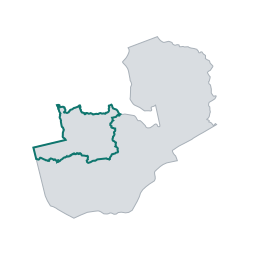 North-Western on a map of Zambia (Albers equal-area conic projection), rotated 347°
{"feature_id": "ZMB-521", "entity_name": "North-Western", "entity_type": "Province", "adm_level": 1, "iso_a3": "ZMB", "parent_name": "Zambia", "parent_adm1": "", "projection": "albers", "projection_center": [25.141, -12.794], "detail": "fine", "context": "in_parent", "style": "outline", "palette": "teal", "viewbox_px": 256, "rotation_deg": 347, "n_neighbors": 0, "source": "natural_earth", "source_scale": "10m", "svg_char_len": 9041}
<svg xmlns="http://www.w3.org/2000/svg" viewBox="0 0 256 256"><g transform="rotate(347 128 128)"><path d="M168.7,170.9L157.9,170.7L153.9,171.5L150.7,172.8L146.8,174.9L144.5,176.3L143.9,177.1L143.6,178.9L143.5,181.6L143.1,183.6L141.9,185.4L136.1,187.5L132.2,189.3L128.5,191.4L125.6,194.1L123.6,197.5L120.4,201.6L113.6,209.1L109.7,210.4L106.5,210.1L102.5,208.5L99.4,208.2L97.1,209.2L95.0,208.9L93.0,207.3L91.4,206.7L90.0,207.1L88.3,207.1L85.2,206.2L82.6,203.5L81.1,202.4L80.0,202.0L76.8,201.6L69.4,201.0L61.7,202.3L55.0,203.7L48.1,197.8L41.4,191.6L40.0,190.0L37.5,187.9L35.7,186.9L34.9,186.4L33.1,180.8L32.1,175.6L31.4,125.8L62.0,125.6L64.0,125.3L64.1,124.8L62.7,122.2L62.7,121.2L63.1,119.4L64.4,115.8L64.5,114.6L63.9,110.7L63.9,108.5L64.3,104.0L64.0,102.5L64.7,100.5L65.0,99.2L65.3,98.6L64.9,97.1L64.3,91.9L63.9,89.7L65.8,90.0L66.4,91.1L66.7,92.2L67.6,92.3L69.8,93.0L70.5,94.0L71.0,96.1L70.7,97.2L70.0,98.1L70.7,98.8L72.2,99.3L73.1,99.2L75.5,97.7L77.8,97.2L79.0,96.8L84.1,95.9L85.1,95.4L85.8,95.4L86.3,95.8L85.8,97.3L85.7,98.6L86.3,101.1L86.8,102.3L87.8,103.1L88.6,103.6L89.5,104.5L91.2,104.3L95.1,105.6L96.3,106.2L97.9,106.8L99.1,107.0L103.1,107.5L107.3,108.2L109.5,108.3L111.1,108.1L112.2,107.8L112.9,107.4L113.2,107.0L114.8,102.3L115.6,101.9L116.7,101.7L117.3,102.1L117.9,105.1L121.0,107.9L122.0,110.1L122.7,112.1L123.4,112.6L124.6,113.3L126.4,113.6L128.1,113.7L136.3,117.1L137.2,117.7L138.2,119.5L138.7,121.5L139.4,123.1L140.4,123.4L141.4,123.5L142.3,124.6L143.0,125.6L145.4,129.6L145.7,131.1L146.8,132.2L148.4,132.6L149.9,132.7L150.8,132.3L152.9,131.5L154.5,130.6L155.7,130.3L156.4,130.5L157.0,131.2L157.3,133.1L158.4,133.8L159.3,133.6L159.6,132.8L159.7,132.4L160.0,111.9L159.3,112.1L158.3,112.6L156.1,112.7L155.3,113.1L155.0,113.7L155.1,114.6L155.2,115.7L154.8,116.3L153.9,116.5L152.5,116.0L150.0,115.4L147.9,115.0L146.5,113.4L144.5,111.1L143.1,109.9L140.0,107.5L139.4,107.0L138.5,105.8L137.7,103.9L136.9,101.7L136.5,100.2L137.3,98.1L139.2,91.0L139.7,88.8L141.3,86.6L141.4,84.6L140.8,82.0L141.0,80.6L141.3,72.5L141.0,69.9L139.9,67.1L137.6,63.1L137.7,62.2L141.3,59.7L142.4,58.8L144.3,56.7L145.6,54.9L146.4,53.5L146.7,51.7L146.1,49.9L147.4,49.6L177.2,45.6L177.6,46.8L178.5,48.8L179.5,50.3L180.7,51.6L181.8,52.5L182.5,52.7L187.1,52.7L188.7,53.6L190.1,54.6L190.4,56.2L191.3,57.2L192.3,57.9L192.8,58.0L193.5,57.9L194.7,57.9L195.9,58.3L196.4,58.6L196.4,59.9L196.7,60.5L198.3,60.8L199.9,60.9L201.4,61.8L203.0,62.0L204.9,62.4L205.8,63.4L207.7,64.4L210.2,65.4L212.9,66.9L212.9,67.4L213.3,68.2L213.8,68.8L213.8,69.7L214.0,70.6L214.7,70.8L215.3,70.9L215.8,70.3L216.6,70.3L217.3,70.7L217.6,71.7L218.2,73.0L219.1,73.9L219.8,74.8L219.5,76.3L219.0,77.7L220.4,79.2L222.1,80.5L222.5,81.1L222.6,83.1L222.9,83.8L224.0,85.5L224.6,86.6L224.5,87.2L221.2,90.3L219.2,90.8L218.3,91.4L217.8,92.1L218.9,95.4L219.6,96.6L219.0,98.1L217.6,100.7L217.0,100.9L216.8,102.9L217.2,103.6L217.8,104.2L218.0,105.5L217.9,108.9L217.0,112.6L218.3,116.0L218.8,116.3L220.8,116.4L221.1,116.7L220.6,117.6L219.2,119.1L216.6,120.1L212.9,121.2L212.1,122.4L211.6,124.1L211.9,125.2L212.4,125.8L212.2,127.3L211.8,128.9L211.9,130.1L211.7,131.2L211.2,131.8L210.5,133.4L209.7,135.1L209.1,135.8L208.1,136.6L206.7,137.2L206.7,137.6L208.3,138.4L208.7,138.9L208.8,139.3L208.1,140.2L208.9,140.7L209.8,141.2L210.6,142.3L211.5,144.4L211.7,144.7L212.0,144.7L212.5,144.5L213.6,143.7L214.3,143.4L215.1,144.6L199.8,149.4L196.2,150.4L190.9,152.1L189.1,152.7L187.7,153.4L173.5,157.1L171.3,157.9L166.3,159.8L166.1,160.2L166.1,161.1L166.5,163.1L167.4,164.9L168.1,165.9L168.5,168.6L168.7,170.9Z" fill="#d9dde1" stroke="#a8b0b8" stroke-width="1"/><path d="M31.6,137.5L31.4,125.8L64.6,125.6L64.4,124.9L64.1,124.4L63.8,123.9L62.9,123.0L62.5,122.5L62.4,122.0L62.5,121.3L62.8,120.6L63.4,118.1L63.6,117.7L64.9,115.7L65.0,115.4L65.1,115.2L64.9,114.4L64.8,113.4L64.7,112.9L64.2,112.5L63.9,112.0L63.8,111.2L64.0,106.7L64.3,105.9L64.4,105.7L64.3,105.3L64.2,104.0L63.8,103.0L63.8,102.6L63.8,102.2L64.1,101.5L64.6,100.8L64.7,100.6L64.6,100.0L64.7,99.6L64.8,99.3L65.4,98.9L65.5,98.7L64.8,96.8L64.7,96.4L64.7,94.0L64.4,94.0L64.3,93.7L64.4,93.1L64.4,92.1L64.5,91.5L64.5,91.3L64.1,90.8L64.0,90.5L63.9,89.7L64.5,89.7L65.3,89.8L66.0,90.1L66.3,90.4L66.2,91.1L66.4,91.8L66.4,92.3L66.5,92.5L67.2,92.4L67.5,92.4L68.4,92.6L69.3,92.6L69.7,92.8L70.2,93.1L70.6,93.5L70.8,93.8L70.7,94.0L70.5,94.3L70.5,94.6L70.6,94.8L70.9,95.2L71.0,95.5L71.1,95.8L71.0,96.5L70.3,97.6L70.1,97.8L69.4,98.0L69.2,98.2L69.3,98.5L69.6,98.7L70.6,98.7L71.0,98.9L71.5,99.4L71.9,99.6L72.3,99.6L72.6,99.6L73.3,99.3L73.8,99.3L73.9,99.1L74.1,98.8L74.3,98.5L75.0,98.3L75.6,97.5L76.3,97.3L77.5,97.3L78.2,97.1L79.4,96.5L80.1,96.3L80.7,96.4L83.1,96.1L84.1,95.9L85.6,95.1L86.1,95.1L86.3,95.2L86.4,96.6L85.7,97.0L86.1,97.4L85.9,97.7L85.6,98.0L85.6,98.5L85.8,98.8L86.2,99.7L86.2,99.9L86.0,100.2L85.9,100.3L86.0,100.8L86.4,102.2L86.7,102.6L86.8,102.7L87.4,102.7L87.7,103.1L88.7,103.6L89.0,103.8L89.0,104.1L88.8,104.5L88.9,104.8L89.2,104.9L89.5,104.9L89.9,104.6L90.3,104.5L90.4,104.1L90.5,104.0L91.3,104.1L91.8,104.4L92.4,104.9L93.0,105.3L93.3,105.3L94.2,105.3L94.4,105.3L94.9,105.1L95.1,105.2L96.1,106.0L96.4,106.2L96.7,106.4L96.9,106.9L97.2,107.0L100.3,107.0L100.6,107.2L101.3,107.5L101.9,107.5L102.2,107.7L102.4,107.7L103.1,107.3L103.7,107.2L104.3,107.2L104.7,107.3L105.6,108.0L106.2,108.2L107.5,108.3L108.1,108.5L108.7,108.9L109.0,109.0L109.3,108.9L109.6,108.7L109.8,108.4L110.0,108.2L111.2,108.3L111.9,108.1L112.6,107.8L113.1,107.2L113.5,106.6L113.5,105.2L113.7,104.5L114.4,103.7L114.4,103.2L114.2,102.5L114.2,102.2L114.4,101.9L115.1,102.0L115.7,101.8L116.4,101.7L117.0,101.5L117.3,101.9L117.5,102.7L117.5,103.5L117.5,104.1L117.9,105.6L120.9,107.5L121.7,108.8L121.8,109.5L122.5,111.8L122.8,112.2L123.7,112.9L122.9,113.4L122.6,113.6L122.4,113.9L122.1,113.8L121.6,113.7L121.6,113.4L121.0,112.9L120.8,113.0L120.2,113.4L119.9,113.5L119.5,113.9L119.0,114.2L118.7,114.5L116.4,114.4L115.8,114.5L114.8,114.4L115.0,115.3L115.0,115.8L114.9,116.2L114.8,116.5L115.0,117.2L115.2,117.4L115.0,117.5L114.4,117.7L114.1,117.8L113.0,119.2L112.7,119.3L112.3,119.4L112.0,119.5L111.7,119.9L111.5,120.8L111.4,121.2L111.4,121.3L111.7,121.6L111.8,121.9L112.3,122.4L112.4,122.5L112.3,122.8L111.9,123.5L112.0,123.8L112.4,124.1L112.7,124.4L113.2,124.5L113.5,124.7L113.9,124.8L114.0,124.9L114.2,125.1L114.4,125.3L114.5,125.5L115.2,125.5L115.4,125.6L115.0,127.6L114.9,127.8L114.6,128.2L113.5,128.8L113.3,129.2L113.2,129.7L113.3,130.0L113.4,130.4L113.5,130.8L113.4,131.2L113.0,131.8L112.7,132.0L112.3,132.6L111.5,133.0L111.4,133.2L111.2,134.2L110.7,134.6L110.4,135.3L110.3,136.4L110.5,137.0L110.8,137.3L111.6,137.8L111.9,138.2L112.1,138.6L112.2,138.9L112.9,139.3L113.0,139.4L113.0,139.7L112.5,140.6L112.3,140.9L112.3,141.4L112.2,142.6L112.0,142.8L111.5,143.0L111.4,143.1L111.5,143.2L112.1,143.6L112.3,143.7L113.1,144.8L113.4,145.3L113.4,145.7L113.4,146.0L112.9,146.7L113.0,148.8L112.9,149.0L112.5,149.4L110.5,149.4L110.3,149.5L109.7,149.9L109.4,150.0L108.0,149.9L107.9,149.9L107.7,150.1L107.4,150.1L107.0,149.9L106.7,149.9L106.4,150.0L106.1,150.3L105.4,151.4L104.3,152.2L103.7,153.0L103.5,153.3L103.4,154.2L102.8,154.4L102.6,154.5L102.5,154.4L102.2,154.0L101.4,153.6L101.0,153.6L100.6,153.4L100.2,152.8L91.2,151.7L90.6,151.8L90.0,152.2L89.6,152.2L88.9,152.5L88.3,152.5L88.0,152.3L87.5,152.2L86.2,152.1L85.6,152.3L84.9,152.5L84.1,152.8L83.5,152.9L82.6,152.9L81.8,153.1L81.5,153.0L81.1,152.8L80.5,152.0L80.4,151.7L80.5,151.1L80.4,150.5L80.6,150.3L81.5,149.8L81.9,149.5L81.9,148.6L82.0,148.2L82.4,147.6L82.5,147.2L82.5,146.5L82.4,146.3L82.1,146.0L82.0,145.9L81.3,146.0L81.2,146.0L79.0,145.0L77.9,144.7L76.9,144.4L76.6,143.8L76.6,143.1L76.4,142.6L75.6,141.7L75.4,141.7L75.1,141.8L75.0,142.0L74.9,142.3L74.7,142.3L74.8,141.8L74.4,141.7L74.4,142.1L73.9,142.1L73.7,142.1L73.5,141.8L73.2,141.5L72.7,141.0L72.3,141.2L72.3,141.3L72.4,141.5L71.8,141.6L71.6,141.7L71.3,141.5L71.1,141.6L70.9,141.7L70.2,141.4L70.1,141.0L69.9,140.8L69.8,140.6L69.6,140.6L69.4,140.9L69.4,141.0L69.6,141.2L69.6,141.3L69.2,141.3L68.5,140.8L68.3,140.8L67.9,141.0L67.7,141.2L67.2,141.2L67.0,141.5L66.8,141.6L66.5,141.6L66.3,141.5L66.1,141.5L65.9,142.0L65.7,142.0L65.5,141.8L65.0,142.3L64.6,142.4L64.4,142.4L63.8,142.2L63.2,142.4L62.6,142.2L62.3,142.2L62.1,142.2L62.0,141.7L61.8,141.8L61.4,142.1L60.9,142.3L60.3,142.6L60.0,142.5L59.8,142.4L59.5,142.3L59.3,142.3L58.7,142.6L58.0,142.8L57.2,143.4L55.5,143.9L55.0,144.1L54.4,144.7L54.2,144.8L53.6,144.7L53.3,144.8L52.9,145.2L52.7,145.3L52.0,145.3L52.1,145.0L52.0,144.8L51.3,145.1L51.4,144.7L52.1,143.7L51.9,143.7L50.6,143.6L50.4,143.5L50.3,143.4L50.1,143.1L50.0,142.4L49.7,142.1L49.3,142.1L48.8,142.3L48.5,142.4L48.3,142.4L48.2,142.2L48.1,141.8L47.7,141.4L46.3,140.5L45.9,140.3L45.7,140.3L45.1,140.8L44.2,140.9L44.1,141.1L43.9,142.2L43.8,142.3L43.6,142.4L43.4,142.3L42.9,142.0L42.3,141.9L42.1,141.5L41.9,141.3L41.7,141.3L41.5,141.1L40.8,141.0L40.4,140.8L40.1,140.3L39.0,139.6L36.6,137.6L36.0,137.3L35.7,137.2L35.5,137.3L35.4,137.4L35.2,137.7L34.9,138.0L34.7,138.3L34.2,138.6L33.9,138.6L33.3,138.6L32.4,137.8L31.9,137.6L31.6,137.5Z" fill="none" stroke="#0f766e" stroke-width="2"/></g></svg>